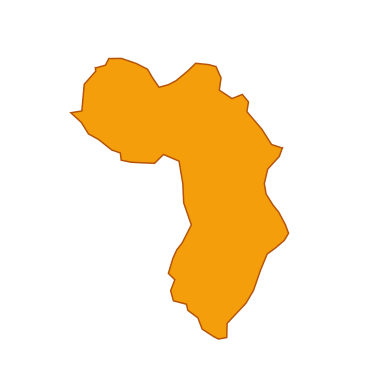 outline of Loukrounou, Paphos, Cyprus, rotated 76°
{"feature_id": "46923920B56770257567799", "entity_name": "Loukrounou", "entity_type": "district", "adm_level": 2, "iso_a3": "CYP", "parent_name": "Cyprus", "parent_adm1": "Paphos", "projection": "albers", "projection_center": [32.469, 34.954], "detail": "fine", "context": "isolated", "style": "filled", "palette": "amber", "viewbox_px": 384, "rotation_deg": 76, "n_neighbors": 0, "source": "geoboundaries", "source_scale": "gbopen_adm2", "svg_char_len": 1032}
<svg xmlns="http://www.w3.org/2000/svg" viewBox="0 0 384 384"><g transform="rotate(76 192 192)"><path d="M48.1,255.7L51.5,256.2L61.4,270.5L86.7,279.3L85.8,290.4L97.8,282.5L110.6,278.4L118.4,270.0L131.8,259.7L136.8,252.1L144.0,253.0L148.4,243.9L151.3,234.3L155.1,221.4L148.7,210.6L158.9,197.1L181.9,198.9L200.5,202.7L223.8,200.6L239.0,213.8L244.5,220.8L251.5,226.4L265.2,234.6L273.0,229.9L282.6,236.6L291.2,236.4L293.1,236.3L299.5,224.6L305.9,224.6L315.5,216.7L327.5,215.3L337.6,205.9L341.1,201.8L341.6,193.5L327.9,189.7L313.0,166.6L302.3,156.1L284.2,144.3L270.3,134.0L266.9,125.5L261.3,114.2L255.4,108.3L246.4,109.3L232.7,112.7L224.2,116.6L212.0,120.6L201.3,119.8L188.1,113.0L178.6,98.7L171.0,93.6L171.0,94.1L165.2,103.3L148.1,109.0L127.3,119.3L118.3,115.4L109.5,119.6L111.0,130.6L99.8,140.9L88.3,136.2L76.1,138.4L72.4,145.1L68.0,157.3L73.6,166.9L80.2,180.6L82.2,189.2L82.4,198.7L71.0,202.9L62.2,205.4L53.9,214.9L45.3,228.2L42.4,240.4L48.0,245.3L48.3,255.4L48.1,255.7Z" fill="#f59e0b" stroke="#b45309" stroke-width="1.5"/></g></svg>